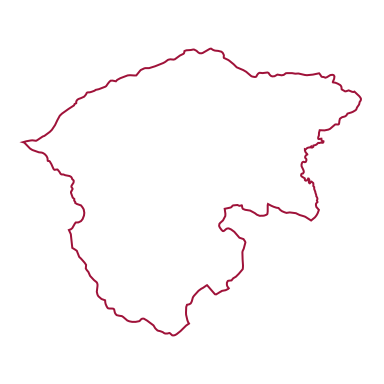 Hiep Duc, Quàng Nam, Vietnam
{"feature_id": "81297802B47304896634130", "entity_name": "Hiep Duc", "entity_type": "district", "adm_level": 2, "iso_a3": "VNM", "parent_name": "Vietnam", "parent_adm1": "Quàng Nam", "projection": "mercator", "projection_center": [108.135, 15.518], "detail": "fine", "context": "isolated", "style": "outline", "palette": "rose", "viewbox_px": 384, "rotation_deg": 0, "n_neighbors": 0, "source": "geoboundaries", "source_scale": "gbopen_adm2", "svg_char_len": 5882}
<svg xmlns="http://www.w3.org/2000/svg" viewBox="0 0 384 384"><path d="M228.8,288.3L227.4,286.5L226.9,284.9L226.9,282.8L227.6,281.3L228.0,280.9L228.7,280.7L231.5,280.4L233.2,278.3L235.9,276.7L238.8,273.8L242.7,269.2L242.9,267.9L243.0,265.5L242.6,259.3L242.4,252.2L242.7,250.9L243.7,248.8L245.4,242.5L245.1,241.5L243.5,239.1L239.4,237.7L234.3,231.8L231.0,229.4L228.7,228.4L227.2,228.5L226.2,229.0L224.1,230.8L223.2,231.1L222.7,231.0L221.6,230.0L219.8,227.5L219.1,225.9L219.4,223.9L220.2,222.9L223.0,220.4L225.3,216.0L225.4,213.8L224.7,208.8L230.3,207.6L231.3,207.2L232.6,205.7L233.2,205.4L237.4,205.0L239.3,205.8L239.8,205.8L241.7,205.3L241.9,205.4L242.3,207.7L242.7,208.6L243.1,209.0L245.2,209.8L250.2,210.6L254.8,213.1L256.9,214.7L259.6,215.8L263.4,215.7L264.5,215.5L266.3,214.8L267.2,214.2L267.4,213.8L267.7,211.5L267.7,205.1L268.0,204.0L271.4,205.8L273.7,206.8L276.4,207.7L278.5,208.0L280.2,209.9L282.0,211.2L284.6,212.3L286.5,212.9L289.7,212.4L295.9,213.2L299.6,215.0L304.0,216.3L305.3,216.8L311.1,220.5L314.9,217.4L316.4,215.5L317.6,213.4L318.9,209.9L316.3,206.9L315.9,204.9L316.1,203.5L317.5,202.0L316.9,200.5L317.3,199.5L317.4,198.6L317.1,197.5L316.3,196.3L316.2,195.0L315.4,192.7L315.3,191.8L314.2,189.0L314.2,187.1L313.3,186.0L313.4,184.2L313.2,183.0L311.5,181.6L311.1,181.5L310.0,183.2L309.6,183.3L309.0,182.7L308.8,181.9L309.3,179.8L308.7,178.6L308.2,178.5L307.5,179.8L306.7,180.5L305.5,180.6L304.9,180.0L304.8,178.4L301.9,176.6L301.3,176.0L301.1,175.4L301.3,174.2L301.9,173.7L303.1,173.4L303.8,172.1L303.7,171.0L303.3,169.8L301.6,166.3L301.5,164.8L301.9,163.1L302.5,162.2L303.1,161.9L303.5,161.8L304.8,162.2L305.5,162.0L305.9,161.7L306.4,160.3L306.4,159.5L306.2,158.9L305.2,157.8L305.1,157.0L305.5,156.0L306.2,155.1L307.3,154.5L307.2,154.1L306.1,152.9L305.4,151.9L304.9,150.4L304.9,149.3L305.5,149.6L306.8,148.3L308.2,147.6L309.9,147.4L311.1,146.5L311.4,147.5L312.3,147.5L313.2,146.9L313.2,145.8L313.4,145.5L314.6,145.3L316.4,144.6L318.2,142.9L319.6,143.0L320.6,142.6L322.4,142.8L323.1,142.6L323.4,142.1L323.5,141.3L323.1,141.1L322.4,141.1L322.0,140.8L321.6,140.2L321.4,138.7L320.9,138.7L319.0,139.1L318.5,139.0L318.2,138.6L318.2,137.3L318.9,135.4L319.0,132.8L319.7,130.2L324.5,130.4L328.4,129.6L330.1,128.8L335.0,124.6L335.8,124.4L338.1,124.5L338.8,124.2L339.2,122.9L339.4,120.9L339.9,118.8L340.2,118.5L342.1,117.2L344.8,116.5L345.5,116.1L346.4,115.4L347.5,113.6L351.5,112.4L353.1,111.7L355.6,110.2L356.3,109.4L357.0,107.5L359.1,104.5L359.7,101.9L360.7,100.5L361.0,99.0L360.5,97.8L359.3,96.2L354.4,91.6L353.5,92.0L352.1,91.8L348.7,90.4L345.9,91.3L345.0,91.3L341.7,89.4L341.4,86.9L340.8,85.7L340.1,85.0L337.6,83.6L335.3,82.7L333.0,82.4L332.8,82.1L332.9,81.7L334.1,78.9L334.4,76.9L334.4,76.3L333.6,75.1L332.3,74.8L330.3,75.1L326.9,77.2L325.4,77.7L323.6,77.0L322.1,76.9L321.5,76.6L319.9,74.2L319.1,73.3L312.9,74.6L307.0,75.2L305.0,75.0L298.4,73.5L295.3,73.7L291.9,73.1L287.1,73.1L285.8,73.3L283.7,74.9L281.6,75.3L277.4,74.6L274.6,76.2L272.5,76.4L271.7,76.2L270.8,75.8L269.7,74.7L268.5,72.9L267.4,72.5L262.6,73.1L259.7,72.8L258.9,73.1L258.1,73.7L257.1,75.0L256.3,76.6L255.1,77.0L254.1,76.9L252.1,76.5L251.1,76.0L246.2,71.8L243.3,70.1L236.7,67.3L233.6,64.2L229.3,60.7L228.1,59.9L223.9,57.9L223.7,57.1L223.9,55.6L223.7,54.7L222.7,52.8L221.4,51.7L218.2,50.9L215.0,50.6L213.2,50.0L211.0,48.6L209.7,48.9L202.6,53.0L201.3,53.3L199.5,53.2L198.2,52.4L196.5,50.8L194.2,49.6L193.3,49.5L190.9,50.0L186.4,50.3L184.5,51.0L184.1,53.0L183.5,53.8L180.0,55.5L174.8,59.3L173.4,59.6L170.4,59.3L168.8,59.6L167.9,59.9L165.1,62.0L163.3,63.0L155.0,66.3L149.2,68.1L145.4,68.1L144.2,68.4L140.8,70.0L140.1,70.7L136.3,75.4L134.7,75.5L130.1,75.2L127.7,75.4L120.3,78.2L117.2,79.9L115.9,81.3L112.5,80.6L110.6,80.7L109.3,81.9L108.0,83.5L106.2,86.1L105.3,86.7L98.8,89.2L95.6,89.9L94.6,90.7L91.6,91.8L89.8,92.3L87.8,92.4L87.1,92.6L86.6,93.1L86.3,93.9L85.6,95.0L84.1,96.7L81.0,98.1L78.5,99.0L77.3,99.8L76.3,101.3L76.2,103.2L74.6,104.0L74.0,105.4L68.6,108.9L62.0,113.6L59.8,115.7L57.3,120.3L55.1,125.0L51.9,129.8L49.8,131.9L44.4,135.9L42.7,136.5L37.2,140.2L36.0,140.8L32.4,140.3L30.5,140.5L26.2,141.3L23.0,142.2L24.3,142.6L30.1,148.6L32.4,150.0L38.9,152.3L41.8,152.6L43.3,153.2L44.8,154.2L46.3,155.8L46.9,156.8L47.5,158.2L47.7,160.7L48.1,161.0L49.4,161.1L49.8,161.5L51.4,164.2L53.4,168.7L53.9,169.4L54.5,169.8L56.9,169.5L57.5,169.5L59.4,171.8L60.5,173.7L61.4,174.4L63.5,174.5L65.2,175.2L69.4,176.0L70.5,176.5L71.2,177.0L71.8,177.9L72.2,179.1L73.4,180.2L73.7,180.7L73.7,181.5L73.5,182.7L71.7,185.5L71.4,186.3L71.5,187.1L72.5,188.5L72.6,189.0L72.0,190.2L71.6,190.6L71.6,191.1L71.0,191.9L71.0,192.8L72.7,197.6L74.3,199.0L74.2,200.6L75.2,201.9L75.2,202.9L76.9,204.0L81.0,205.4L82.6,207.5L83.7,209.4L84.3,212.8L84.0,215.5L82.6,219.1L81.0,221.1L78.4,222.4L75.7,222.5L74.8,223.7L72.3,228.1L71.0,229.2L68.9,230.0L70.8,234.1L72.3,247.9L75.1,249.6L76.8,250.8L79.2,256.9L81.0,258.6L84.6,262.7L86.1,264.9L85.8,268.5L86.8,270.1L88.4,272.0L90.1,275.9L93.9,280.0L96.6,282.2L97.1,283.0L97.5,284.4L97.5,285.9L96.8,291.8L97.5,294.7L98.4,296.3L101.5,299.0L105.1,300.3L105.3,302.6L105.7,304.2L106.7,306.5L107.6,307.9L108.1,308.3L109.3,308.5L113.0,308.6L114.1,309.3L114.9,312.7L115.4,313.7L116.6,315.1L119.0,315.7L121.8,316.1L123.1,316.9L127.3,320.5L129.3,321.3L132.3,321.9L135.5,321.9L139.1,321.2L139.7,320.9L141.0,319.4L141.9,318.8L143.0,318.6L143.9,318.7L147.1,320.6L153.5,325.4L155.3,328.4L157.4,330.4L158.1,330.7L160.3,331.2L162.7,332.1L164.1,333.1L165.1,333.5L167.4,333.5L169.4,333.0L169.9,333.2L172.2,335.3L172.8,335.4L173.9,335.4L175.2,335.0L176.6,334.2L180.5,331.1L186.2,325.5L189.0,323.6L188.1,322.1L187.4,320.3L186.1,314.8L186.0,312.7L186.2,307.1L187.0,304.8L189.2,304.3L190.6,303.5L191.1,302.8L191.8,301.3L192.9,297.4L193.9,295.9L198.5,290.8L201.2,288.8L203.1,287.8L206.7,285.3L207.1,285.2L214.9,294.2L216.1,294.4L221.9,290.9L225.6,290.2L228.2,288.9L228.8,288.3Z" fill="none" stroke="#9f1239" stroke-width="2"/></svg>